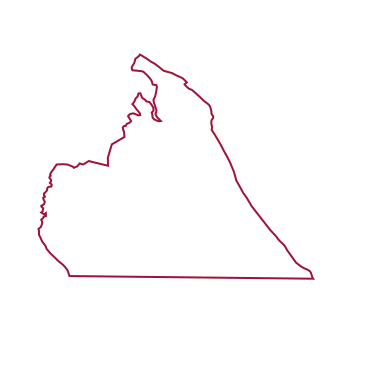 Ngerdelolk, Palau (Equal Earth projection), rotated 287°
{"feature_id": "81905179B51546394317477", "entity_name": "Ngerdelolk", "entity_type": "district", "adm_level": 2, "iso_a3": "PLW", "parent_name": "Palau", "parent_adm1": "", "projection": "equal_earth", "projection_center": [134.259, 7.007], "detail": "fine", "context": "isolated", "style": "outline", "palette": "rose", "viewbox_px": 384, "rotation_deg": 287, "n_neighbors": 0, "source": "geoboundaries", "source_scale": "gbopen_adm2", "svg_char_len": 2570}
<svg xmlns="http://www.w3.org/2000/svg" viewBox="0 0 384 384"><g transform="rotate(287 192 192)"><path d="M144.5,333.2L145.2,332.3L149.3,329.5L150.7,328.0L151.5,325.1L151.9,321.2L152.9,317.4L154.9,312.1L162.9,301.7L163.8,300.4L167.5,296.5L168.5,295.0L171.1,289.6L174.2,285.4L175.3,283.5L178.5,277.9L180.3,275.4L195.8,253.3L202.4,246.1L205.9,241.5L212.2,235.0L216.2,230.8L219.2,229.0L223.8,226.0L231.2,219.9L236.1,215.2L240.6,210.5L246.0,205.2L252.9,197.7L257.2,192.6L260.0,192.2L263.4,190.3L266.3,189.7L268.9,190.6L270.6,190.2L271.3,189.0L273.0,187.5L274.9,187.0L276.1,186.2L278.0,185.0L279.2,184.0L280.4,182.6L281.4,180.1L282.7,176.4L285.1,171.9L287.8,166.2L289.6,162.1L289.9,158.9L291.2,155.9L292.8,153.4L295.3,155.0L296.8,152.3L297.9,150.1L298.5,147.0L298.9,143.2L299.9,138.1L299.7,132.5L299.7,129.3L301.8,124.2L303.7,119.0L304.7,114.5L306.2,109.9L307.5,105.0L308.2,102.0L306.3,101.4L302.8,98.9L298.3,99.1L296.2,98.4L294.0,97.9L292.6,98.2L291.0,99.4L292.4,106.3L292.8,108.5L292.8,110.3L290.7,114.7L288.8,117.8L287.7,119.5L286.0,121.3L283.3,123.0L283.8,126.7L282.3,127.7L277.0,128.5L272.6,128.8L268.8,128.2L266.0,129.7L260.1,133.9L258.7,134.4L255.9,134.2L253.4,136.6L250.8,141.4L249.9,139.5L250.0,137.8L250.4,134.7L251.4,132.7L253.8,131.7L256.1,130.3L258.5,131.3L260.9,130.6L263.6,127.8L265.5,125.1L265.4,121.7L266.3,120.5L267.5,116.8L271.3,113.7L270.6,112.0L267.2,112.0L265.8,111.1L263.9,110.6L261.3,110.4L258.6,109.3L257.5,111.3L255.3,114.2L252.2,118.9L250.3,119.9L249.6,118.4L250.1,113.2L249.5,111.7L248.2,109.7L245.8,108.7L242.0,113.1L240.0,112.1L238.1,109.7L235.8,109.3L235.1,107.6L233.5,107.0L231.0,108.2L229.9,109.2L229.9,109.3L224.9,111.3L214.1,101.4L200.1,101.5L192.6,104.0L191.9,93.1L191.4,84.2L186.6,80.0L186.4,78.7L186.5,76.3L183.0,74.8L180.6,71.9L181.4,70.7L181.9,65.1L181.0,60.9L178.7,54.5L176.6,53.8L173.3,52.9L170.5,51.8L168.2,51.3L166.9,51.2L166.2,52.1L165.1,51.5L164.0,51.4L163.2,52.4L162.4,53.7L161.2,54.1L160.4,53.8L159.2,53.4L158.3,55.4L157.1,56.0L155.8,55.6L155.5,54.3L154.2,52.7L152.9,52.5L151.5,52.9L150.4,52.6L149.2,52.0L148.0,51.4L147.2,50.8L145.5,51.4L144.7,52.7L144.0,52.6L143.1,51.4L141.8,51.9L139.6,54.1L137.5,54.1L136.1,53.4L134.8,51.9L133.9,52.4L132.9,54.5L129.8,54.8L128.3,53.8L127.4,57.2L129.1,58.4L127.6,58.9L126.2,59.3L125.0,57.3L123.4,57.2L121.5,55.9L119.4,57.6L118.3,57.8L116.6,57.9L114.3,57.7L111.8,56.0L110.0,57.1L106.4,58.1L104.0,60.5L101.0,63.0L98.4,66.6L96.9,68.3L95.1,69.6L92.1,74.2L89.0,80.4L87.0,84.1L84.5,90.3L83.0,92.7L81.4,95.1L79.9,96.5L75.8,99.4L144.5,333.2Z" fill="none" stroke="#9f1239" stroke-width="2"/></g></svg>